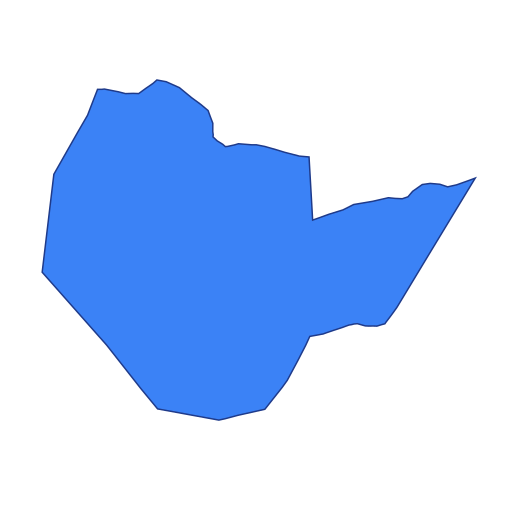 the district of La Treille, Anse-la-Raye, Saint Lucia, rotated 95°
{"feature_id": "8701671B33386018665106", "entity_name": "La Treille", "entity_type": "district", "adm_level": 2, "iso_a3": "LCA", "parent_name": "Saint Lucia", "parent_adm1": "Anse-la-Raye", "projection": "robinson", "projection_center": [-60.998, 13.941], "detail": "fine", "context": "isolated", "style": "filled", "palette": "blue", "viewbox_px": 512, "rotation_deg": 95, "n_neighbors": 0, "source": "geoboundaries", "source_scale": "gbopen_adm2", "svg_char_len": 1357}
<svg xmlns="http://www.w3.org/2000/svg" viewBox="0 0 512 512"><g transform="rotate(95 256 256)"><path d="M152.7,211.8L152.7,221.5L150.2,236.5L148.5,244.4L146.1,256.8L145.2,265.3L145.6,269.8L145.7,283.3L147.2,287.1L149.3,293.8L149.7,296.1L147.6,298.9L144.7,304.7L141.1,309.2L139.0,309.2L135.9,309.9L127.5,310.6L121.1,313.7L115.3,316.4L109.9,324.1L103.8,334.1L95.0,346.9L90.2,360.7L89.3,370.1L92.9,373.5L98.7,380.5L104.4,387.0L104.7,392.6L105.6,400.2L104.4,407.5L102.9,421.6L103.4,424.0L103.8,428.4L104.6,428.6L113.5,431.2L128.8,435.6L130.3,436.0L148.2,444.4L192.2,464.5L290.8,467.6L357.9,396.9L385.4,371.1L398.5,358.8L416.9,340.7L422.7,278.7L420.8,272.6L416.3,260.2L407.9,233.8L384.5,218.4L377.1,214.0L356.5,205.2L340.6,198.7L331.4,195.4L328.9,186.2L328.5,184.9L328.1,183.4L327.9,182.5L326.4,179.3L323.1,171.8L322.1,169.4L319.6,163.6L318.4,161.1L316.7,157.4L316.0,154.7L315.2,152.5L314.9,150.8L314.6,149.1L315.0,146.9L315.7,143.3L316.1,141.0L316.0,138.2L315.5,132.9L315.3,129.4L313.4,124.8L312.3,121.7L311.0,121.0L305.0,117.2L301.4,115.0L300.1,114.2L294.8,111.1L234.9,81.7L159.3,44.4L162.8,51.8L167.6,62.3L170.4,71.1L168.5,79.1L168.5,88.8L170.3,96.6L177.9,105.6L183.8,109.8L186.2,115.3L186.5,122.6L186.4,129.2L191.4,144.7L196.2,163.2L202.5,173.4L208.0,186.9L213.4,198.5L215.3,202.7L152.7,211.8Z" fill="#3b82f6" stroke="#1e3a8a" stroke-width="1.5"/></g></svg>